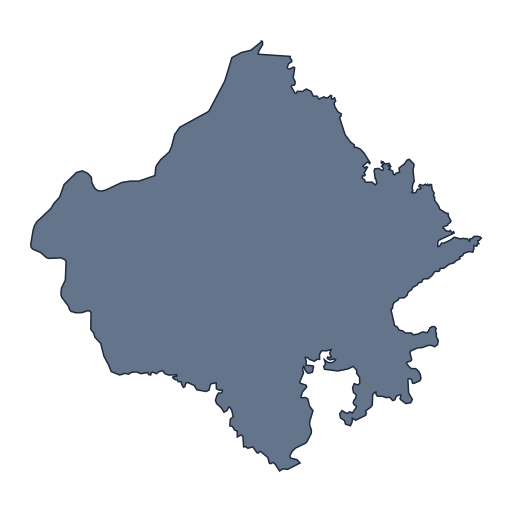 Rajasthan, Robinson projection
{"feature_id": "IND-3250", "entity_name": "Rajasthan", "entity_type": "State", "adm_level": 1, "iso_a3": "IND", "parent_name": "India", "parent_adm1": "", "projection": "robinson", "projection_center": [75.292, 26.62], "detail": "fine", "context": "isolated", "style": "filled", "palette": "slate", "viewbox_px": 512, "rotation_deg": 0, "n_neighbors": 0, "source": "natural_earth", "source_scale": "10m", "svg_char_len": 6050}
<svg xmlns="http://www.w3.org/2000/svg" viewBox="0 0 512 512"><path d="M130.5,181.1L138.8,181.1L154.9,175.6L155.8,167.4L156.7,165.1L160.8,159.5L169.2,152.0L171.6,146.5L174.7,134.5L179.8,127.2L207.8,111.9L209.3,110.4L224.8,81.0L231.9,57.6L241.5,52.5L250.8,50.3L261.2,41.9L261.3,41.0L262.5,41.5L262.6,44.7L258.8,51.1L258.2,54.2L290.3,56.4L290.1,58.3L291.7,60.0L291.8,61.6L288.5,63.8L287.3,67.4L287.8,68.6L289.3,69.1L293.7,67.0L294.7,67.9L293.2,77.9L295.1,81.4L295.0,84.0L294.2,85.2L291.9,85.3L291.3,86.7L295.1,93.3L296.3,93.2L297.3,91.3L302.5,91.4L306.2,89.0L311.0,91.3L313.3,96.2L317.0,96.1L318.9,99.0L324.1,96.8L325.7,98.0L327.6,97.8L330.8,95.3L331.7,95.8L331.3,98.0L332.1,99.2L334.6,97.8L335.7,101.2L334.0,103.0L334.9,106.9L337.9,111.8L341.3,113.9L341.2,115.8L339.6,117.6L345.1,134.7L350.5,142.0L354.3,145.0L354.3,147.3L356.6,147.4L360.1,149.0L363.7,152.6L370.1,162.7L369.7,163.7L367.6,161.9L362.9,166.2L364.9,168.1L366.3,166.7L367.5,167.1L364.2,173.1L365.2,175.0L364.3,175.9L362.6,175.9L362.2,177.0L362.4,178.1L364.6,179.9L365.3,182.3L372.1,182.1L375.1,184.8L376.7,183.6L376.2,180.1L375.2,178.6L374.1,170.6L374.9,168.8L378.9,168.4L381.5,170.3L383.0,170.1L383.5,168.1L381.5,166.2L383.3,164.8L381.2,162.6L381.4,161.3L383.2,161.9L384.7,163.8L389.1,163.4L390.6,166.2L388.5,165.9L390.3,168.1L388.7,169.3L392.6,170.9L393.5,174.1L394.6,174.9L396.1,173.2L399.6,172.2L399.0,168.1L404.7,163.6L407.0,160.1L409.3,159.3L413.7,163.8L414.1,165.1L413.0,170.1L414.2,181.3L412.8,184.3L412.1,188.6L413.0,190.8L411.6,192.2L412.6,193.0L415.8,192.5L417.4,189.4L420.8,188.7L421.0,188.0L418.8,186.3L419.8,184.5L423.1,185.6L425.2,184.2L426.8,185.3L427.6,184.2L428.9,185.7L430.1,184.4L431.5,184.6L432.2,189.9L434.2,193.0L433.4,195.9L434.6,197.3L434.6,200.2L438.5,205.7L439.9,209.4L446.1,213.1L448.1,213.4L448.5,216.5L451.0,221.0L450.1,222.6L448.2,223.6L447.6,225.4L443.6,226.7L442.9,227.9L444.6,229.0L445.6,230.8L449.1,231.4L450.3,230.4L451.9,232.8L453.6,231.6L454.2,233.0L439.1,240.1L437.8,241.9L437.8,246.5L439.5,246.3L441.6,243.0L443.6,243.2L450.2,240.2L454.3,237.2L461.1,239.0L462.4,238.3L467.4,238.9L469.5,241.2L469.8,238.9L472.0,238.5L474.1,236.4L477.3,236.3L480.5,237.1L481.3,238.1L479.3,240.3L477.6,240.8L478.9,243.8L477.3,243.9L477.1,245.7L476.5,246.2L473.9,245.5L473.9,248.6L472.8,252.2L469.4,251.5L463.7,253.4L462.6,255.7L459.5,256.9L460.1,258.7L455.6,261.0L454.2,262.8L449.1,264.2L443.9,268.2L440.1,268.4L439.6,270.8L438.8,271.3L434.7,271.5L432.3,275.2L428.3,278.7L423.9,278.9L422.6,279.9L421.7,282.1L418.5,282.9L417.1,285.0L412.8,287.3L411.8,289.4L408.1,292.1L407.1,295.3L404.2,297.8L399.1,298.0L398.1,300.1L394.2,302.3L392.8,305.2L392.5,308.5L390.9,309.3L394.6,325.6L397.2,326.9L399.2,330.1L402.6,330.8L405.6,333.1L411.0,332.9L413.7,334.8L417.8,334.1L422.6,331.9L427.0,332.6L428.4,331.3L429.9,327.9L432.2,326.6L434.6,326.6L436.2,328.5L435.4,331.1L436.5,333.7L436.2,336.4L438.3,340.5L437.5,344.6L434.7,346.7L431.5,345.4L428.1,345.4L422.3,347.6L417.7,347.9L411.0,350.8L409.9,352.4L411.7,359.8L410.5,361.2L407.1,362.1L406.6,363.6L410.0,367.6L411.5,368.6L415.6,368.6L418.6,371.2L420.2,374.2L421.0,378.5L419.7,380.9L413.9,383.4L412.6,383.2L411.4,379.3L409.0,378.6L407.9,379.3L408.6,392.9L412.4,399.4L410.8,402.7L405.9,403.6L400.8,399.8L400.0,398.7L401.1,395.5L400.4,394.6L396.3,396.2L394.8,399.9L392.7,400.6L389.8,397.3L386.0,397.6L382.0,396.2L377.3,396.2L376.1,394.5L376.0,392.1L375.2,392.1L372.7,394.5L372.3,405.1L370.6,407.3L365.5,411.0L366.4,413.3L365.6,415.3L355.6,420.3L352.3,418.2L352.2,421.7L350.4,425.8L345.5,424.1L344.5,420.6L340.5,417.9L339.7,413.8L342.0,410.6L346.8,413.5L349.9,411.7L352.3,413.1L356.3,407.3L356.2,406.0L354.1,404.7L353.2,402.9L353.8,400.5L355.7,398.1L356.2,395.6L355.8,394.3L353.5,392.6L352.6,387.7L354.2,383.6L357.9,385.0L359.8,383.1L359.5,377.2L356.6,373.4L356.6,370.1L353.2,366.4L348.1,368.9L337.8,371.0L324.6,369.3L323.6,366.7L325.5,363.9L324.3,359.6L327.4,362.1L330.0,362.8L333.0,362.3L335.6,359.8L334.6,358.9L330.0,359.9L327.3,358.5L327.6,357.0L330.4,357.6L331.2,357.1L329.7,353.4L331.1,349.6L326.8,350.8L321.5,350.8L319.5,354.5L319.6,359.4L317.2,359.3L314.4,361.3L309.5,359.4L307.5,357.6L305.2,357.5L306.3,361.6L306.0,365.2L312.9,365.8L313.6,366.5L312.4,372.2L308.5,373.3L307.4,372.9L304.9,369.6L304.2,366.7L303.4,366.3L302.7,369.3L303.5,373.1L299.8,381.8L300.2,383.2L306.1,385.2L306.7,387.1L302.6,391.7L300.8,397.1L301.5,397.7L305.5,397.5L307.9,399.0L309.5,406.1L313.0,410.7L309.6,421.9L309.8,425.7L311.4,429.9L311.3,433.2L307.0,441.6L305.5,443.2L295.6,448.0L292.4,451.1L289.8,455.8L290.6,458.1L296.9,459.6L300.1,463.0L287.5,469.4L282.9,468.8L279.6,471.0L274.9,463.8L272.9,462.5L270.5,463.7L269.2,463.0L267.9,457.6L260.8,451.6L259.7,451.4L258.3,453.1L257.0,452.8L252.7,446.8L247.9,448.3L245.6,446.7L243.6,446.9L243.0,437.1L242.0,435.5L240.5,435.1L237.3,437.0L237.2,431.1L234.5,430.0L232.5,426.4L229.8,425.9L230.3,419.2L233.2,416.7L231.8,410.6L229.6,406.9L228.8,407.0L227.0,410.5L224.0,412.2L221.1,407.6L216.6,403.6L215.4,400.3L216.9,395.6L218.5,393.0L221.3,393.0L222.6,391.0L221.9,389.7L220.0,390.5L216.4,388.9L216.1,382.8L211.1,383.8L210.1,385.3L209.1,390.1L206.1,391.5L196.8,389.8L194.3,385.5L187.9,382.6L186.0,382.8L184.7,386.8L183.4,387.4L181.6,384.3L181.2,381.8L178.2,381.7L177.3,380.0L174.7,379.5L172.7,377.6L173.0,376.8L176.8,376.2L176.8,374.7L168.8,375.1L165.0,373.8L162.5,370.7L159.2,371.5L156.5,373.7L152.5,372.1L151.3,372.9L150.6,375.0L148.8,374.6L147.6,372.6L141.1,373.7L136.4,371.9L131.5,372.3L128.6,374.2L124.9,373.4L119.7,375.0L111.2,371.6L108.5,364.7L104.0,356.4L100.7,343.4L94.9,337.2L93.7,333.0L90.8,329.4L91.0,312.7L89.9,311.1L87.8,310.7L81.9,312.6L75.9,312.8L71.0,311.4L69.4,309.3L68.4,306.0L61.8,297.4L60.9,294.4L61.4,288.2L65.3,280.2L66.1,261.4L64.6,259.5L60.9,257.9L48.5,258.4L46.3,257.5L40.6,252.5L32.7,249.1L31.1,247.2L30.7,244.7L33.1,230.2L34.5,225.7L36.7,221.9L50.8,208.6L54.0,203.4L59.6,197.2L64.1,184.5L76.5,172.5L82.4,170.8L87.7,173.3L91.4,177.3L91.7,181.9L93.3,185.7L95.2,188.7L97.8,190.6L101.4,191.1L105.6,190.1L121.7,182.5L130.5,181.1Z" fill="#64748b" stroke="#1e293b" stroke-width="1.5"/></svg>